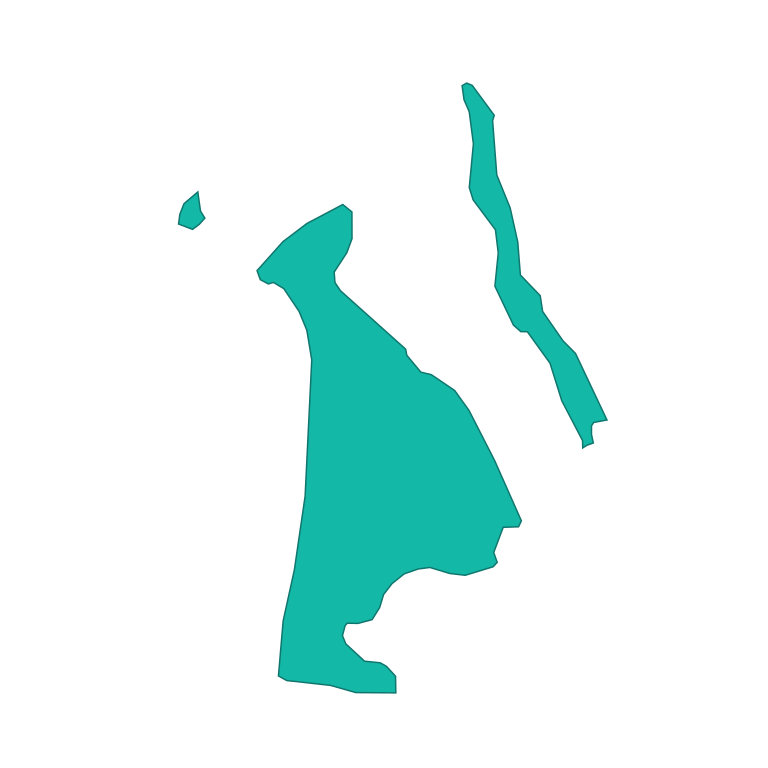 Dukes, Massachusetts, United States of America (Albers equal-area conic projection), rotated 98°
{"feature_id": "52423323B80423316533974", "entity_name": "Dukes", "entity_type": "district", "adm_level": 2, "iso_a3": "USA", "parent_name": "United States of America", "parent_adm1": "Massachusetts", "projection": "albers", "projection_center": [-70.705, 41.388], "detail": "fine", "context": "isolated", "style": "filled", "palette": "teal", "viewbox_px": 768, "rotation_deg": 98, "n_neighbors": 0, "source": "geoboundaries", "source_scale": "gbopen_adm2", "svg_char_len": 1404}
<svg xmlns="http://www.w3.org/2000/svg" viewBox="0 0 768 768"><g transform="rotate(98 384 384)"><path d="M218.1,439.7L212.0,449.8L235.7,482.6L257.0,503.8L289.4,525.5L297.9,521.0L301.0,512.5L298.8,507.6L303.5,496.5L323.9,478.2L341.5,467.9L370.2,458.9L506.1,446.5L580.8,446.9L632.5,450.9L687.8,447.9L691.2,439.0L689.9,395.2L693.5,368.9L688.2,329.3L671.8,331.9L663.3,342.2L660.6,348.9L661.2,364.7L646.6,385.7L639.0,390.1L628.9,388.9L626.0,387.2L624.7,376.4L619.0,363.0L606.0,357.2L592.5,355.1L580.6,348.3L569.2,337.6L562.4,324.3L559.3,313.0L562.5,292.5L562.1,276.9L549.8,250.5L544.8,247.1L535.6,251.9L509.3,246.0L506.7,230.9L500.4,228.9L444.4,263.8L398.4,296.1L380.6,313.1L368.2,338.4L367.1,349.2L352.4,365.4L346.5,367.4L297.7,440.1L290.3,446.7L280.1,448.9L259.2,439.1L244.5,435.9L218.1,439.7ZM388.6,158.2L327.1,198.6L316.3,212.8L290.1,237.0L274.8,241.6L257.1,264.1L224.8,271.3L192.0,283.6L161.3,301.4L135.9,307.0L108.1,313.1L102.6,312.2L76.0,338.2L74.5,344.0L77.7,348.2L91.4,344.3L102.5,337.5L133.7,328.9L177.6,326.9L189.2,321.4L215.8,295.1L238.3,289.1L271.7,287.8L307.7,264.0L313.1,255.8L312.3,249.3L340.3,222.5L375.9,205.6L412.4,179.5L419.6,178.3L416.3,174.4L413.3,168.5L405.1,171.5L396.5,172.7L392.9,171.0L388.6,158.2ZM226.8,593.1L219.7,595.1L233.2,607.1L244.4,609.8L254.2,609.7L257.5,595.1L251.5,589.1L244.7,584.5L238.2,589.8L226.8,593.1Z" fill="#14b8a6" stroke="#0f766e" stroke-width="1.5"/></g></svg>